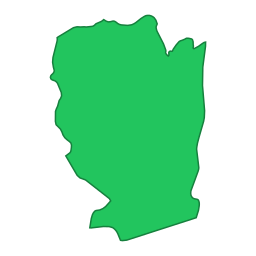 an SVG outline of Naâma
{"feature_id": "DZA-2149", "entity_name": "Naâma", "entity_type": "Province", "adm_level": 1, "iso_a3": "DZA", "parent_name": "Algeria", "parent_adm1": "", "projection": "orthographic", "projection_center": [-0.771, 33.209], "detail": "fine", "context": "isolated", "style": "filled", "palette": "green", "viewbox_px": 256, "rotation_deg": 0, "n_neighbors": 0, "source": "natural_earth", "source_scale": "10m", "svg_char_len": 2363}
<svg xmlns="http://www.w3.org/2000/svg" viewBox="0 0 256 256"><path d="M89.8,227.8L91.3,218.5L92.4,214.8L93.3,213.0L94.7,211.2L96.1,210.5L99.7,210.0L102.9,208.6L105.7,206.5L110.7,200.9L109.4,198.6L85.5,179.9L80.0,177.9L77.2,175.4L65.8,155.9L69.4,153.2L70.1,152.6L70.6,151.7L70.9,150.8L71.1,149.7L71.4,147.5L71.5,145.1L70.9,143.0L69.5,141.6L67.0,139.7L64.8,137.7L63.1,135.1L61.9,131.9L60.4,129.0L56.1,124.7L55.4,121.4L55.5,111.3L56.4,108.8L57.6,106.2L59.2,100.5L60.5,98.6L61.6,95.9L61.3,92.5L57.5,83.3L56.6,82.1L55.1,80.9L52.2,79.9L50.9,78.9L50.4,77.3L50.8,75.8L51.6,74.7L52.6,73.9L53.5,72.8L54.2,71.3L54.2,70.2L53.4,67.2L52.6,62.2L53.0,57.4L57.1,41.0L57.3,39.0L57.1,37.7L58.3,36.8L73.4,27.7L76.5,26.9L77.6,26.8L80.2,27.0L84.3,26.8L86.2,27.0L91.9,26.4L92.8,26.2L93.4,26.0L94.6,25.1L95.7,24.0L96.1,23.7L101.2,21.5L102.2,20.9L103.7,19.6L105.9,21.0L107.1,21.5L108.5,21.9L110.4,21.7L112.8,21.1L113.9,21.1L114.8,21.4L116.4,22.4L117.7,23.5L119.4,24.4L121.3,24.9L127.7,25.4L131.6,24.8L133.7,23.9L135.7,22.7L141.0,18.5L144.5,16.3L146.1,15.6L147.8,15.4L149.4,15.4L151.2,15.9L152.8,16.7L154.1,17.7L155.2,19.2L155.9,20.2L157.2,23.9L156.2,26.4L156.1,27.6L156.5,29.6L157.0,31.2L163.5,43.9L165.7,49.9L165.9,51.1L165.7,51.8L165.6,52.8L165.9,53.6L167.4,55.4L167.9,55.8L168.3,56.0L168.6,55.7L168.8,55.3L168.9,54.7L168.9,54.2L168.8,53.3L168.8,52.9L168.8,52.5L168.9,52.1L169.1,51.9L169.7,51.3L170.2,51.2L170.8,51.1L171.5,51.3L172.0,51.3L172.4,51.1L172.6,50.7L173.3,49.1L176.3,44.8L179.0,41.7L179.3,41.4L179.7,41.2L180.5,40.8L182.1,40.3L185.0,39.1L185.7,38.6L186.2,38.4L186.7,38.2L188.8,38.3L191.4,38.9L192.1,39.3L192.5,39.8L193.1,41.8L193.2,44.8L193.4,45.8L193.4,46.4L193.3,47.0L193.2,47.2L193.1,47.4L193.2,47.7L193.3,48.3L193.7,48.6L194.2,48.6L194.6,48.4L198.4,46.4L202.4,43.5L204.2,42.4L205.6,42.1L205.5,46.4L202.8,67.2L202.5,85.5L204.6,110.7L204.3,117.6L203.6,121.4L199.0,137.3L197.5,143.0L196.8,147.0L196.6,149.1L198.8,167.6L198.7,169.0L198.1,171.2L190.9,190.9L190.7,193.3L191.0,195.5L192.3,197.6L193.6,198.5L195.0,198.9L196.2,199.1L197.4,199.4L198.3,200.0L198.6,200.6L198.9,201.4L199.2,202.6L199.3,204.0L199.2,205.8L198.5,210.2L196.2,217.7L126.8,240.1L122.4,240.6L120.5,240.3L117.8,233.7L116.8,231.8L115.8,230.4L114.9,229.4L113.9,228.5L113.4,228.1L112.6,227.6L111.0,227.1L109.1,226.6L103.4,226.5L91.2,227.9L89.8,227.8Z" fill="#22c55e" stroke="#15803d" stroke-width="1.5"/></svg>